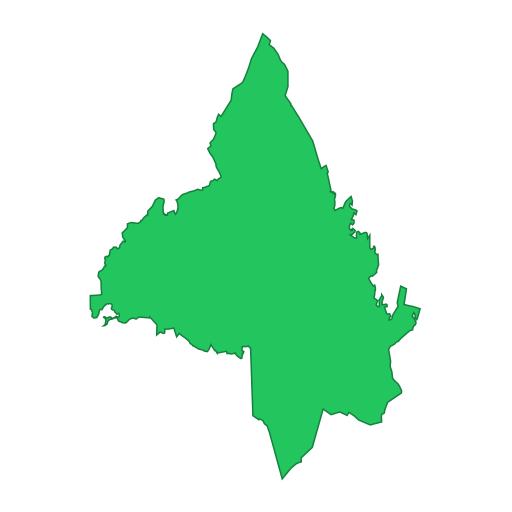 Stalbes pag., Pargaujas, Latvia (Robinson projection), rotated 91°
{"feature_id": "27541924B34232814184003", "entity_name": "Stalbes pag.", "entity_type": "district", "adm_level": 2, "iso_a3": "LVA", "parent_name": "Latvia", "parent_adm1": "Pargaujas", "projection": "robinson", "projection_center": [25.027, 57.415], "detail": "fine", "context": "isolated", "style": "filled", "palette": "green", "viewbox_px": 512, "rotation_deg": 91, "n_neighbors": 0, "source": "geoboundaries", "source_scale": "gbopen_adm2", "svg_char_len": 6121}
<svg xmlns="http://www.w3.org/2000/svg" viewBox="0 0 512 512"><g transform="rotate(91 256 256)"><path d="M327.0,98.0L325.2,98.0L322.7,96.8L322.7,96.4L321.9,95.4L319.7,94.8L315.3,97.1L313.1,98.9L309.9,97.2L311.2,96.4L313.8,95.6L314.3,95.8L315.9,95.1L316.9,94.2L314.9,93.4L305.9,91.0L303.6,98.8L303.4,100.6L301.9,107.1L286.2,105.0L283.6,110.8L300.2,114.0L303.9,113.1L313.1,118.5L316.0,118.9L317.1,120.0L317.7,121.9L315.7,121.7L314.1,120.3L311.5,121.3L311.8,123.4L311.2,124.3L305.2,126.6L304.5,125.7L304.4,124.1L302.7,124.0L302.0,124.7L301.8,125.3L302.3,126.4L302.4,129.2L298.8,129.1L297.6,128.4L294.9,127.9L292.5,129.6L293.5,129.6L297.7,132.0L304.3,131.8L304.6,133.3L302.6,135.0L298.5,133.6L295.9,137.3L292.1,136.6L290.5,136.7L287.9,136.0L285.5,136.1L283.1,136.8L284.0,137.9L281.8,139.9L276.3,143.1L273.9,140.7L274.2,139.3L270.3,135.0L268.1,135.3L266.6,134.5L262.4,133.2L257.8,133.8L252.1,134.1L252.5,135.1L251.1,136.9L248.6,137.4L248.2,136.9L245.6,137.1L244.2,137.7L244.4,138.6L246.0,138.5L247.4,141.0L245.8,142.4L233.2,142.6L236.7,144.7L231.3,145.4L230.7,146.0L230.5,146.8L230.7,147.8L232.6,152.4L230.8,152.6L229.6,154.3L230.1,155.5L232.7,156.0L236.1,155.7L236.4,157.4L233.2,162.2L232.4,159.6L231.0,158.7L230.4,157.6L228.7,157.3L226.8,159.6L228.5,160.2L227.8,160.9L228.9,161.5L226.7,163.2L224.7,163.2L221.6,162.0L223.2,159.9L221.5,158.6L218.6,158.6L218.1,159.8L217.9,161.3L213.8,159.3L211.1,158.8L212.9,156.8L209.1,155.8L208.1,157.5L207.2,160.9L204.8,163.2L202.5,163.3L201.7,162.2L203.4,160.9L199.5,160.5L194.8,162.0L200.1,167.3L206.7,170.0L206.1,171.6L206.3,172.6L209.1,177.9L208.6,177.9L207.1,179.0L203.8,178.0L202.9,178.3L202.4,178.0L200.2,178.1L198.2,178.5L196.7,178.2L196.1,177.9L194.8,177.9L194.4,177.5L193.4,178.4L192.7,177.6L191.9,177.7L191.8,178.1L192.2,178.1L191.7,178.7L191.9,178.8L191.3,179.1L191.4,179.4L190.9,179.5L191.0,180.1L190.3,180.3L190.7,181.0L191.0,181.0L190.6,181.3L190.7,181.9L190.1,182.2L190.2,182.8L189.0,182.2L171.9,186.2L170.7,185.3L164.3,187.5L165.1,189.2L167.6,192.3L158.8,195.4L140.0,201.3L116.5,215.6L104.8,223.2L104.8,223.8L103.0,223.9L95.2,229.7L86.1,227.0L70.7,227.3L63.8,230.9L61.7,233.6L59.7,235.0L54.3,237.3L47.9,241.8L44.5,246.5L40.4,245.3L36.9,249.0L33.6,253.2L47.0,258.0L58.8,264.0L68.1,266.7L76.5,269.8L82.7,272.4L89.3,282.0L93.3,282.8L100.7,283.6L116.9,293.3L115.0,295.9L115.7,295.9L116.9,296.8L122.7,298.3L124.3,300.7L124.6,300.9L130.2,300.5L133.2,298.2L134.7,298.3L140.4,300.8L143.5,303.8L144.3,303.9L145.8,303.2L146.8,303.1L149.5,306.2L154.0,303.9L158.1,300.8L160.6,299.6L164.4,297.8L167.6,297.3L172.6,294.3L177.1,292.2L178.3,292.8L179.5,294.9L181.3,296.0L180.9,296.5L179.9,298.8L181.4,300.3L182.2,302.8L186.0,303.7L187.0,305.0L187.5,307.0L188.2,307.8L188.6,310.4L190.7,310.5L191.2,312.5L190.3,315.3L192.0,319.3L193.1,323.7L194.2,325.8L195.3,329.3L196.5,331.4L200.3,334.7L201.4,336.9L202.2,336.1L206.4,334.9L210.4,334.8L210.4,335.1L212.2,335.5L215.7,337.1L214.8,337.9L212.0,338.9L214.7,345.1L216.6,345.4L217.0,345.9L216.9,346.4L216.4,346.3L216.4,346.5L216.7,347.1L216.4,347.2L216.6,347.7L215.7,348.1L215.6,348.6L215.4,348.6L215.5,349.1L214.8,349.1L214.1,349.5L207.9,349.9L203.4,348.8L200.8,349.1L199.4,354.3L201.8,357.6L208.1,360.5L213.1,365.0L217.3,365.1L216.9,365.9L219.9,369.1L222.5,370.8L222.4,371.6L224.0,372.1L224.6,373.5L225.5,374.2L224.7,381.3L226.1,385.1L230.1,385.1L235.3,390.2L239.5,389.5L243.2,386.9L244.2,387.1L243.5,388.5L243.6,389.2L247.4,392.1L249.7,392.5L250.8,393.6L251.2,394.6L249.5,396.0L249.9,398.1L249.6,398.5L251.6,399.9L252.3,401.6L253.2,402.0L257.9,402.6L258.0,403.1L259.5,404.3L259.0,404.6L258.9,405.1L259.3,406.6L259.8,406.9L261.4,407.2L262.6,406.4L264.5,407.0L266.5,407.0L267.5,406.1L268.5,405.9L268.7,406.1L268.5,406.7L268.7,407.0L271.5,408.7L273.0,409.9L274.2,412.4L275.6,413.1L279.0,413.5L280.5,412.7L280.9,411.9L284.0,410.4L289.6,410.3L296.8,409.6L297.1,410.3L297.7,410.8L298.5,421.0L311.8,420.7L312.0,420.7L312.0,420.0L312.2,419.8L315.2,418.5L319.2,419.0L320.8,417.2L320.4,414.2L317.1,412.4L312.9,411.5L312.2,410.9L312.4,409.5L312.2,409.0L309.0,407.2L308.3,406.3L307.5,405.9L307.6,405.5L306.6,404.6L306.4,404.1L306.4,403.0L306.6,402.8L306.1,402.1L306.3,400.2L307.2,399.2L308.1,399.0L309.6,399.1L310.5,399.7L311.4,399.7L312.3,398.7L312.5,397.3L313.0,396.7L314.8,395.9L315.2,395.2L316.7,394.0L315.8,392.6L316.0,392.1L316.5,391.7L318.8,391.7L319.3,392.1L319.5,393.3L318.8,394.6L318.9,395.2L320.1,396.4L320.8,398.5L320.5,399.3L319.5,400.3L319.6,401.9L320.6,403.8L320.7,404.4L319.4,406.2L319.4,407.0L319.9,407.3L321.0,405.7L321.7,405.5L322.1,405.1L323.1,405.0L326.2,405.4L327.6,406.1L328.4,407.1L328.2,405.8L326.9,404.4L326.9,403.9L323.9,402.9L323.1,402.4L321.9,400.7L321.6,398.8L320.3,396.1L320.3,393.6L322.6,392.8L323.9,391.7L324.1,390.3L325.1,388.2L325.3,385.7L325.0,384.7L321.6,381.5L320.6,379.5L320.3,378.5L320.3,376.8L321.1,375.3L321.1,374.7L319.1,372.0L319.7,361.9L319.0,361.4L319.8,361.3L319.8,360.2L326.5,353.8L336.7,353.9L333.7,350.5L335.1,347.1L334.6,346.0L330.5,345.8L330.7,342.8L329.5,336.9L338.2,333.9L334.8,331.4L337.3,328.2L339.2,325.2L342.6,321.3L344.6,320.3L345.8,318.4L347.2,317.1L347.3,316.3L350.0,311.7L351.0,307.4L352.1,305.7L352.4,302.9L349.6,301.1L345.4,299.5L351.3,295.6L351.0,294.9L354.0,293.1L353.3,292.9L353.7,292.7L351.8,284.0L354.2,283.2L353.8,281.2L354.2,280.5L354.4,278.8L353.4,274.9L354.4,274.8L356.5,272.8L358.8,269.4L358.5,268.4L353.9,267.9L354.2,267.5L351.9,266.5L350.4,268.6L346.7,268.0L346.9,266.0L346.5,262.7L346.1,262.0L347.7,260.7L348.2,259.8L415.7,256.3L419.7,250.3L418.9,249.9L419.3,248.3L420.5,246.3L422.0,245.3L423.5,244.8L425.6,241.9L432.7,239.3L478.4,225.9L467.4,217.2L463.1,212.2L462.1,210.3L461.0,207.1L457.1,207.4L446.4,196.4L407.8,186.2L413.3,178.3L410.5,169.4L413.8,162.1L410.7,160.4L414.0,155.2L418.1,150.6L422.9,138.9L419.7,127.5L413.4,127.9L412.2,127.4L410.9,125.1L407.0,124.3L400.0,121.9L390.4,108.2L388.1,108.1L383.6,110.3L381.4,111.7L379.1,114.4L376.6,116.7L374.8,117.5L369.6,118.1L364.1,119.9L358.7,119.6L347.2,121.8L343.8,120.0L343.0,118.1L341.6,116.0L339.5,114.0L338.8,112.0L337.7,111.4L335.2,109.0L328.0,101.0L327.0,98.0Z" fill="#22c55e" stroke="#15803d" stroke-width="1.5"/></g></svg>